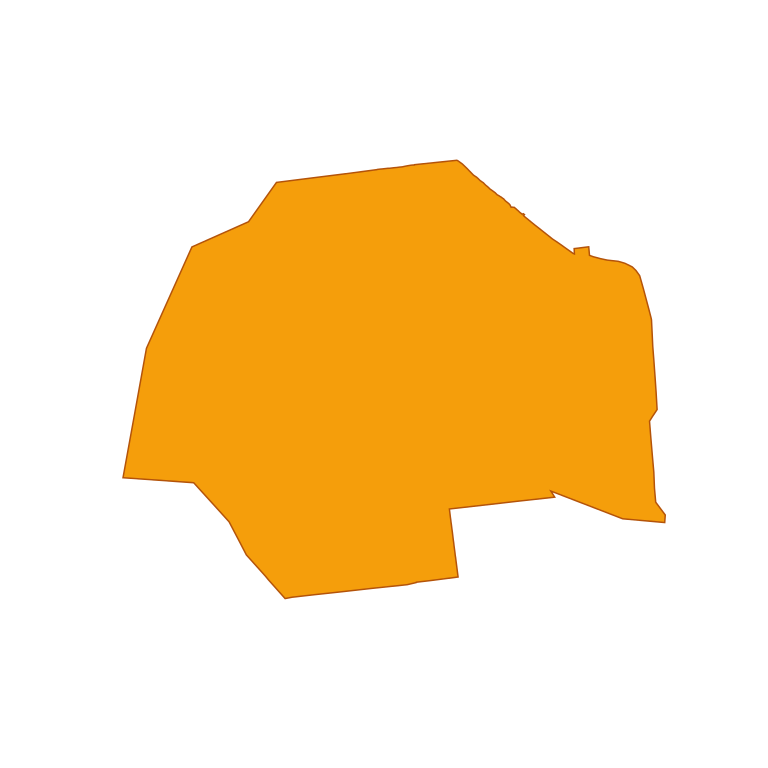 San Francisco Lachigoló, Oaxaca, Mexico, rotated 250°
{"feature_id": "50627088B79182667704581", "entity_name": "San Francisco Lachigoló", "entity_type": "district", "adm_level": 2, "iso_a3": "MEX", "parent_name": "Mexico", "parent_adm1": "Oaxaca", "projection": "mercator", "projection_center": [-96.594, 17.027], "detail": "fine", "context": "isolated", "style": "filled", "palette": "amber", "viewbox_px": 768, "rotation_deg": 250, "n_neighbors": 0, "source": "geoboundaries", "source_scale": "gbopen_adm2", "svg_char_len": 2199}
<svg xmlns="http://www.w3.org/2000/svg" viewBox="0 0 768 768"><g transform="rotate(250 384 384)"><path d="M228.4,468.4L219.3,505.7L226.3,504.2L175.7,562.2L157.8,600.4L164.7,603.5L180.0,598.9L193.5,602.5L208.9,607.4L223.9,611.4L242.4,616.4L258.3,620.8L260.1,623.2L261.6,625.1L264.8,629.5L266.6,631.9L282.6,636.7L295.8,640.5L314.4,645.8L327.7,649.5L337.6,652.6L352.8,657.3L355.0,657.6L364.2,658.5L384.6,660.3L398.3,661.3L404.4,659.6L409.0,657.4L410.0,656.5L415.0,651.7L416.8,649.3L419.2,646.0L424.1,636.1L427.0,631.5L428.0,629.9L429.1,628.4L432.0,624.2L434.6,621.1L442.9,623.3L444.2,617.7L444.7,615.5L445.2,613.2L446.2,609.0L441.1,607.4L442.1,606.3L456.5,596.4L462.8,591.8L468.9,588.1L480.9,580.7L481.8,580.1L493.1,573.4L494.6,572.7L495.2,573.9L496.4,573.1L496.3,571.9L497.8,571.0L499.0,570.2L500.6,569.5L501.8,568.8L503.4,568.0L504.3,567.4L505.3,567.0L505.9,565.8L506.3,565.1L506.6,563.9L507.7,563.8L509.4,563.6L511.0,562.9L513.1,561.6L514.2,560.9L516.0,560.1L517.0,559.8L518.0,559.0L519.3,558.2L519.7,557.9L520.0,557.7L520.7,557.0L521.4,556.6L523.2,555.0L525.7,553.9L527.8,552.5L529.4,551.4L531.1,550.2L532.3,549.7L533.4,549.1L533.9,548.9L535.6,547.8L537.2,547.0L539.1,546.2L540.3,545.3L541.5,544.5L542.3,543.9L544.2,543.0L545.3,542.5L545.9,542.1L546.6,541.8L547.9,540.8L549.7,539.5L555.7,536.8L557.8,535.9L563.9,532.9L568.2,530.0L569.3,529.0L579.7,487.5L579.4,487.2L579.9,486.0L580.4,484.1L580.9,481.4L581.4,478.4L581.8,475.4L582.5,472.8L583.1,470.0L583.7,467.8L584.4,464.8L584.8,463.1L585.4,461.3L586.1,458.4L586.7,455.9L587.2,454.1L587.9,451.1L587.9,450.5L594.8,419.4L601.5,390.1L610.2,351.9L582.8,312.2L578.5,250.4L498.8,173.0L440.1,138.8L385.2,106.7L356.3,171.4L324.0,184.6L307.5,191.3L282.9,194.6L270.5,196.2L244.4,206.7L243.9,206.9L239.6,208.4L216.2,217.7L215.0,225.1L214.5,227.0L213.0,233.3L209.8,246.6L207.1,257.5L205.0,266.0L202.7,275.4L196.2,302.3L187.5,337.1L186.4,346.3L186.7,346.5L183.3,360.8L177.3,387.6L191.0,390.7L193.3,391.2L196.3,391.9L198.9,392.4L201.3,393.0L208.1,394.5L211.0,395.2L214.3,395.9L218.1,396.8L221.1,397.5L224.8,398.3L228.7,399.2L231.2,399.7L234.1,400.4L235.6,400.7L244.2,402.7L232.1,452.9L228.4,468.4Z" fill="#f59e0b" stroke="#b45309" stroke-width="1.5"/></g></svg>